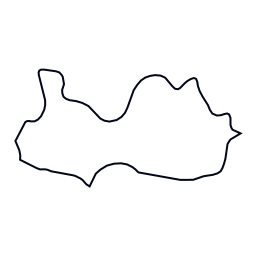 the Province of Bắc Giang
{"feature_id": "VNM-470", "entity_name": "Bắc Giang", "entity_type": "Province", "adm_level": 1, "iso_a3": "VNM", "parent_name": "Vietnam", "parent_adm1": "", "projection": "natural_earth1", "projection_center": [106.489, 21.384], "detail": "fine", "context": "isolated", "style": "outline", "palette": "ink", "viewbox_px": 256, "rotation_deg": 0, "n_neighbors": 0, "source": "natural_earth", "source_scale": "10m", "svg_char_len": 1320}
<svg xmlns="http://www.w3.org/2000/svg" viewBox="0 0 256 256"><path d="M240.6,133.4L230.7,139.3L229.3,141.1L227.5,144.1L225.4,158.8L224.0,163.8L222.4,168.2L220.6,171.3L217.6,173.3L212.9,174.8L203.7,176.2L193.2,179.8L180.4,179.9L138.4,172.4L135.2,169.2L132.1,166.9L127.0,164.4L121.0,163.3L114.0,163.7L106.9,165.6L100.3,169.7L95.8,173.7L89.6,186.4L86.2,184.2L82.7,180.1L80.3,178.4L75.7,176.1L73.1,175.3L51.2,171.3L47.6,169.8L45.0,169.3L40.1,169.4L36.6,168.1L20.1,159.8L20.3,155.5L19.3,150.2L15.4,141.0L25.3,122.1L27.1,121.1L29.1,121.0L31.4,121.4L34.7,121.3L37.9,119.6L41.1,116.2L44.2,109.8L45.2,105.0L45.1,100.1L38.9,75.3L38.6,72.6L39.2,70.7L40.9,69.7L44.1,69.6L56.0,71.3L59.3,72.4L61.5,74.8L62.7,76.7L64.0,84.2L62.1,90.1L62.4,93.5L63.5,96.7L66.0,98.8L69.7,100.2L76.1,101.1L82.2,102.9L88.4,106.0L100.4,118.6L104.5,120.7L109.4,121.6L116.7,120.0L121.5,116.9L125.0,112.8L127.4,107.8L133.7,90.2L137.3,84.8L141.0,80.5L145.2,77.6L150.1,75.9L155.1,75.1L160.6,75.6L165.2,77.7L172.4,86.3L175.1,88.8L178.1,89.2L180.2,87.9L184.7,83.3L187.4,81.0L190.6,79.1L193.9,78.0L196.1,78.9L197.3,82.0L197.9,85.9L199.7,91.2L202.7,96.8L207.9,105.0L209.9,109.9L212.4,113.6L216.8,115.5L220.9,115.2L224.5,114.0L227.1,113.5L229.1,114.4L230.5,118.0L230.5,125.0L231.4,127.8L232.5,129.7L240.6,133.4Z" fill="none" stroke="#020617" stroke-width="2"/></svg>